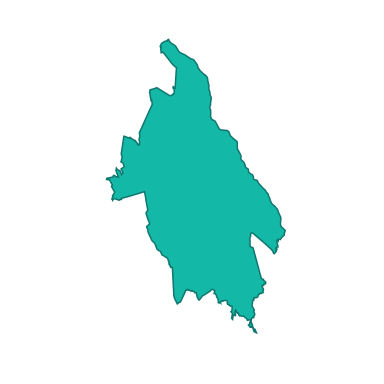 outline of Praulienas pag., Madona, Latvia, rotated 254°
{"feature_id": "27541924B69241742641881", "entity_name": "Praulienas pag.", "entity_type": "district", "adm_level": 2, "iso_a3": "LVA", "parent_name": "Latvia", "parent_adm1": "Madona", "projection": "natural_earth1", "projection_center": [26.349, 56.815], "detail": "fine", "context": "isolated", "style": "filled", "palette": "teal", "viewbox_px": 384, "rotation_deg": 254, "n_neighbors": 0, "source": "geoboundaries", "source_scale": "gbopen_adm2", "svg_char_len": 5918}
<svg xmlns="http://www.w3.org/2000/svg" viewBox="0 0 384 384"><g transform="rotate(254 192 192)"><path d="M345.1,211.6L345.0,210.6L343.9,209.9L344.3,209.3L344.3,208.9L344.3,207.5L344.1,206.6L343.6,205.2L343.3,203.6L342.0,202.8L341.9,202.5L340.8,201.6L339.8,202.4L339.3,201.5L338.6,201.7L337.0,201.1L336.8,201.2L334.3,200.7L334.4,202.7L320.7,208.2L318.3,209.5L315.8,211.3L296.5,204.4L298.4,203.0L297.2,202.4L295.9,203.0L292.9,202.6L290.9,200.9L290.9,200.7L291.3,200.3L290.4,198.9L290.8,197.1L302.0,186.9L301.7,183.6L301.8,180.7L301.7,179.7L300.1,179.3L299.8,178.8L291.1,177.8L291.0,178.5L287.3,178.0L264.6,158.7L264.0,158.0L263.1,157.7L259.4,157.1L258.4,156.1L257.7,156.0L256.9,155.5L254.6,155.5L251.9,154.3L252.0,154.1L251.8,153.7L252.9,152.7L253.4,153.1L257.0,151.6L256.9,151.4L257.2,151.4L258.2,150.1L261.6,147.5L260.8,146.9L264.4,142.1L264.4,141.9L248.2,134.5L247.4,134.4L245.0,134.6L240.4,132.0L239.1,133.6L235.7,133.9L235.2,133.7L234.8,133.4L233.7,130.2L229.4,131.0L228.1,129.0L231.5,128.7L232.1,128.7L234.2,126.4L235.7,125.9L233.6,124.8L226.7,125.3L227.3,124.4L227.3,123.7L227.5,123.2L229.2,122.0L229.6,121.3L229.3,120.8L228.5,120.4L228.2,120.1L228.7,114.1L228.6,113.9L227.7,113.3L227.2,113.7L227.2,114.3L226.9,114.6L226.9,115.9L220.5,117.4L219.8,116.3L219.5,116.1L213.1,117.7L210.2,114.5L209.4,114.7L207.3,113.0L206.6,113.4L205.9,113.4L206.7,114.4L206.9,114.9L206.4,116.6L204.3,119.5L204.2,119.8L204.3,120.0L204.6,120.2L204.3,122.1L205.3,122.2L205.2,128.9L205.4,146.4L199.2,145.9L197.3,145.5L186.9,144.5L186.5,144.3L185.0,142.4L184.4,142.0L180.2,142.0L173.2,142.5L173.0,142.4L172.7,141.9L171.4,139.1L171.2,138.9L170.6,138.7L168.5,139.2L165.3,138.7L156.3,140.1L152.9,142.1L146.7,142.6L144.9,143.8L143.8,145.1L143.2,145.4L140.0,145.7L135.8,149.6L134.6,150.3L132.2,150.3L130.8,150.8L130.4,150.7L130.5,150.5L129.5,150.5L129.1,150.3L129.2,150.1L128.5,150.0L127.7,150.8L127.3,150.9L126.7,150.5L125.2,150.9L125.2,151.8L124.7,152.3L97.0,145.9L94.0,146.0L88.5,147.0L88.9,148.1L89.3,148.7L89.3,150.1L90.0,151.1L98.3,158.3L98.6,158.3L99.3,158.8L99.1,159.5L99.7,160.7L99.7,161.0L99.4,161.2L98.6,161.2L98.7,161.7L98.5,162.0L98.5,162.4L97.0,163.6L96.9,164.1L96.9,164.3L97.3,164.8L96.2,165.6L95.7,166.5L94.7,167.1L94.2,167.1L94.1,168.3L91.4,168.2L91.1,168.4L90.0,168.0L89.5,168.3L89.3,168.1L86.5,168.6L86.2,169.0L86.6,169.9L89.0,173.0L91.7,182.1L92.7,183.7L93.0,184.5L92.9,184.8L90.8,186.7L90.1,186.4L89.9,186.1L88.4,185.3L88.2,185.3L88.4,185.9L88.0,186.4L86.1,186.9L84.7,186.8L81.4,187.5L80.3,187.2L79.2,187.2L78.7,187.0L78.6,186.8L78.3,186.9L77.9,187.3L77.7,187.8L78.1,188.8L77.5,189.0L78.7,189.3L78.9,189.9L79.1,191.5L78.6,191.4L78.7,192.5L78.7,194.4L78.4,194.6L77.8,195.6L76.7,195.9L75.9,195.3L74.2,195.3L73.9,196.2L72.9,196.4L72.0,197.3L71.9,197.7L71.5,197.8L70.9,199.1L67.2,197.8L66.6,197.2L66.2,196.4L64.2,197.4L59.6,195.3L58.4,195.9L62.6,197.7L61.7,198.4L62.2,199.0L62.1,199.6L61.5,199.8L61.8,200.2L63.1,199.9L64.9,200.2L65.1,200.6L66.4,201.3L65.2,201.9L64.2,201.6L63.2,202.1L63.0,202.3L63.2,202.8L62.4,203.2L60.9,203.1L59.8,203.6L59.9,204.3L59.4,204.6L58.4,207.2L58.5,207.5L56.7,208.5L55.6,209.4L54.2,209.9L53.4,209.9L53.3,212.2L53.1,212.8L52.6,212.8L51.3,212.4L50.8,212.5L50.9,212.0L50.8,211.7L50.1,211.4L49.4,211.4L48.6,209.6L46.8,210.3L46.7,210.6L46.0,210.6L45.8,210.9L45.5,212.3L46.3,212.5L46.2,213.0L46.3,213.4L51.3,213.1L53.3,213.9L54.6,215.2L54.3,215.4L54.3,216.6L54.6,217.0L55.4,216.9L55.9,217.5L56.1,217.9L56.6,218.4L58.1,218.7L60.0,218.4L60.3,218.4L60.8,219.1L61.3,219.3L63.0,219.0L65.8,218.3L67.0,218.7L68.2,219.4L70.1,219.9L70.5,220.3L70.5,220.5L71.1,220.9L70.9,221.5L71.4,221.7L71.5,221.5L71.9,221.8L72.6,221.8L73.3,222.5L73.4,222.8L72.8,223.2L72.9,224.0L72.6,225.1L73.2,226.5L74.9,227.4L75.3,228.1L75.1,228.5L75.9,229.4L75.3,230.8L75.7,231.3L75.7,232.8L76.8,232.7L77.5,233.2L78.2,233.0L78.4,233.3L78.3,233.7L78.7,233.9L81.0,233.5L81.7,233.2L82.5,233.3L82.8,233.7L82.6,233.9L82.5,235.2L83.4,235.5L83.8,235.9L83.7,236.5L83.8,236.8L83.5,237.1L84.0,237.4L84.2,237.8L84.7,237.5L85.4,237.9L87.6,236.3L88.1,236.5L88.1,236.3L88.5,236.1L88.8,235.8L89.4,235.3L89.7,234.9L90.2,234.8L91.8,234.9L94.4,234.8L101.8,235.0L121.5,235.3L123.6,232.7L124.5,233.1L131.9,235.0L132.5,235.3L132.9,235.8L136.0,237.2L136.4,237.6L136.0,238.9L122.7,247.7L115.4,252.2L112.6,253.5L111.1,253.4L110.0,254.1L112.0,257.0L112.8,256.5L113.7,258.0L114.9,257.1L115.5,257.7L115.5,259.6L121.4,259.9L122.6,261.1L121.2,261.4L122.2,262.0L122.4,263.6L122.0,263.9L123.3,265.3L125.2,268.9L126.7,269.3L129.2,271.0L131.8,269.7L133.5,268.5L135.5,268.0L137.1,268.3L140.8,269.6L141.8,270.1L143.5,270.3L147.7,269.6L150.7,269.5L151.8,269.3L155.7,267.6L157.8,266.0L159.5,265.3L162.6,264.9L165.1,265.0L167.0,264.5L169.0,264.6L171.1,263.6L173.6,262.9L176.0,261.4L182.5,258.2L185.0,258.0L185.3,257.7L186.0,256.7L186.3,255.8L186.7,255.4L187.4,254.9L188.0,254.8L189.7,255.2L191.0,255.1L191.8,254.8L193.3,253.4L195.1,252.1L196.0,252.0L198.2,252.3L198.8,252.2L199.1,252.0L200.4,250.6L200.9,250.3L203.5,250.4L205.4,250.2L207.1,249.6L209.6,248.1L210.1,248.0L210.9,248.2L212.3,248.9L213.9,249.0L215.8,248.7L220.1,247.7L220.8,247.6L223.6,248.1L227.0,249.1L227.6,249.2L228.4,249.0L231.7,246.7L235.0,244.7L235.6,244.4L239.5,244.1L240.8,243.3L241.7,242.3L242.2,240.6L243.8,236.8L244.2,236.3L244.9,235.7L250.0,234.5L251.8,234.2L254.1,233.5L254.7,233.0L255.7,231.5L256.8,230.9L258.7,230.7L259.7,230.8L265.5,232.5L266.0,232.5L267.4,232.2L268.0,232.2L269.0,232.6L270.5,233.8L272.6,234.4L276.0,236.0L277.5,236.5L280.2,236.2L283.2,236.7L286.6,236.6L289.5,237.6L295.0,237.9L296.9,238.3L298.5,238.1L299.9,237.5L303.0,235.2L306.4,233.2L310.1,232.1L312.5,232.1L313.9,231.8L318.5,230.1L319.5,229.0L320.4,227.5L325.8,223.0L328.7,219.6L330.0,218.5L331.4,217.9L336.6,216.5L337.5,216.0L340.2,213.5L341.3,212.8L343.2,211.8L345.1,211.6ZM40.9,213.1L39.7,214.1L38.9,215.2L42.8,214.6L42.8,213.8L44.8,213.4L45.1,213.0L40.9,213.1Z" fill="#14b8a6" stroke="#0f766e" stroke-width="1.5"/></g></svg>